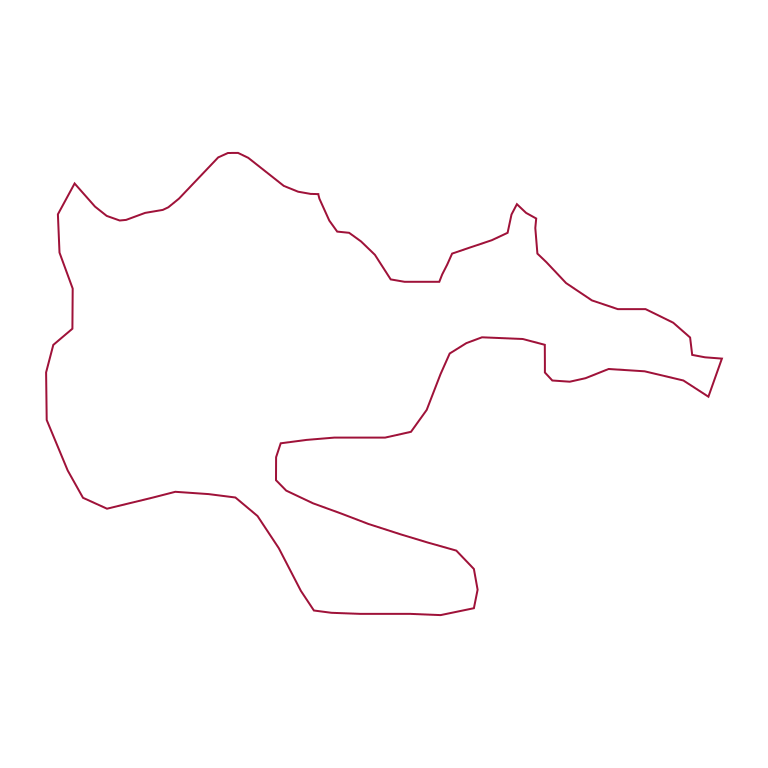 outline of Doboj
{"feature_id": "BIH-4801", "entity_name": "Doboj", "entity_type": "state/province", "adm_level": 1, "iso_a3": "BIH", "parent_name": "Bosnia and Herzegovina", "parent_adm1": "", "projection": "robinson", "projection_center": [18.222, 44.862], "detail": "fine", "context": "isolated", "style": "outline", "palette": "rose", "viewbox_px": 768, "rotation_deg": 0, "n_neighbors": 0, "source": "natural_earth", "source_scale": "10m", "svg_char_len": 1399}
<svg xmlns="http://www.w3.org/2000/svg" viewBox="0 0 768 768"><path d="M74.6,183.5L95.0,206.6L106.7,215.9L119.7,220.5L126.1,219.9L145.1,212.9L162.8,209.9L168.3,207.3L179.0,198.6L218.2,157.4L227.9,153.0L238.0,152.9L248.2,157.8L283.8,185.9L298.1,191.7L310.6,193.9L318.3,194.1L318.3,194.4L319.4,198.7L329.3,220.6L337.2,231.6L349.1,232.8L361.0,241.4L374.9,254.8L390.7,279.4L404.6,281.8L425.4,281.8L439.3,281.8L442.2,274.4L447.2,264.6L452.1,253.6L470.0,247.5L491.8,240.2L507.6,232.8L511.5,214.5L516.9,204.2L526.1,212.9L536.2,218.5L535.3,228.0L537.4,253.6L546.3,262.1L566.1,283.1L591.9,300.4L617.7,309.1L645.5,309.1L673.2,322.7L690.1,337.5L692.2,354.9L705.0,357.3L721.9,358.6L708.4,396.7L683.4,380.5L644.6,371.3L608.6,369.0L585.5,378.2L569.8,381.7L552.3,380.5L544.9,372.5L544.9,363.2L544.8,344.8L522.7,339.0L482.0,337.3L466.4,343.1L449.7,353.5L440.5,374.2L426.7,409.9L411.0,431.8L385.1,437.6L334.3,437.6L306.6,439.9L280.7,443.3L276.1,457.2L276.0,480.2L286.2,490.6L313.0,503.3L341.6,513.7L368.5,524.0L400.8,534.4L427.6,542.5L456.3,550.6L473.9,569.0L477.6,589.7L473.9,608.2L440.6,615.1L411.0,613.9L410.9,613.9L361.1,613.9L331.5,612.8L313.9,610.5L300.9,590.9L278.8,548.2L257.5,516.0L235.4,497.5L208.6,494.1L175.3,491.8L153.1,497.5L107.0,508.7L83.0,497.8L67.7,470.5L46.7,420.0L46.1,372.4L53.3,344.9L72.4,328.7L72.7,288.6L59.5,252.6L57.9,214.3L74.6,183.5Z" fill="none" stroke="#9f1239" stroke-width="2"/></svg>